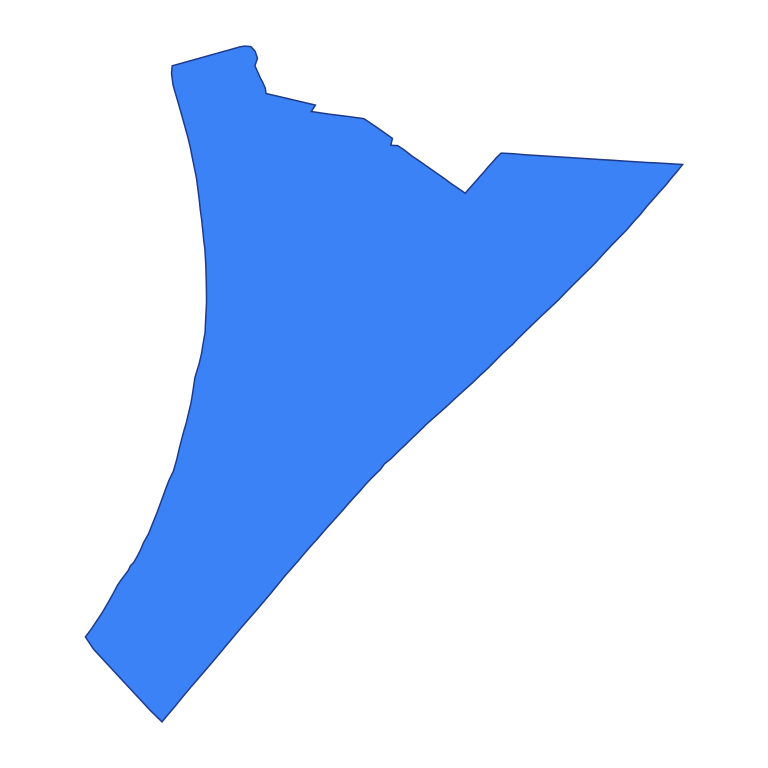 the district of Tavares, Rio Grande do Sul, Brazil
{"feature_id": "56859067B79162312615317", "entity_name": "Tavares", "entity_type": "district", "adm_level": 2, "iso_a3": "BRA", "parent_name": "Brazil", "parent_adm1": "Rio Grande do Sul", "projection": "mercator", "projection_center": [-51.071, -31.314], "detail": "fine", "context": "isolated", "style": "filled", "palette": "blue", "viewbox_px": 768, "rotation_deg": 0, "n_neighbors": 0, "source": "geoboundaries", "source_scale": "gbopen_adm2", "svg_char_len": 2318}
<svg xmlns="http://www.w3.org/2000/svg" viewBox="0 0 768 768"><path d="M172.2,65.8L171.5,73.3L172.2,78.6L173.1,85.2L174.8,91.3L177.2,99.3L182.8,119.0L187.9,137.3L190.4,147.9L192.1,156.7L196.4,177.7L199.1,198.5L200.4,210.9L201.5,218.5L203.0,232.7L203.7,240.3L204.9,249.3L205.8,264.9L206.3,283.1L206.5,296.1L206.5,302.8L206.1,310.6L205.4,324.4L205.1,332.4L203.5,341.4L201.4,354.1L199.2,363.5L194.9,377.7L192.3,395.2L190.9,403.4L188.5,413.3L186.4,422.4L184.0,430.4L179.7,446.8L176.7,459.6L173.4,471.1L168.8,480.7L165.8,488.5L164.1,493.2L161.0,501.8L156.6,513.7L152.7,523.2L148.7,533.5L143.5,542.7L140.7,549.5L137.3,556.2L133.8,562.3L130.5,565.7L128.3,570.4L125.2,574.5L120.7,580.5L117.4,585.4L112.9,594.0L107.9,602.9L102.9,611.5L98.2,618.7L90.6,630.0L85.4,636.9L93.6,649.3L113.4,670.7L150.6,710.8L162.0,721.9L166.3,716.6L174.6,706.9L182.4,697.2L191.1,686.8L197.8,679.1L212.4,662.1L226.5,645.2L240.9,628.0L258.2,608.2L271.3,592.7L280.3,581.6L286.0,574.6L290.0,570.2L294.9,564.6L298.4,560.7L302.5,555.7L309.4,547.7L313.2,543.4L317.3,539.0L322.0,533.5L326.3,528.5L333.2,520.9L340.0,513.3L344.6,508.2L348.8,503.2L354.4,497.0L359.1,492.0L365.6,484.4L371.3,478.4L376.3,473.5L380.3,469.6L384.4,464.0L391.2,458.5L396.2,453.5L401.2,448.6L405.5,444.7L411.2,439.0L416.4,434.1L422.2,428.5L427.1,423.6L433.1,418.3L439.6,412.6L447.7,405.4L456.2,397.4L463.3,391.0L472.6,382.7L479.7,375.8L488.2,368.0L495.8,360.3L502.0,353.9L507.1,349.2L512.6,344.4L518.0,338.6L526.6,330.2L532.3,324.7L538.0,319.2L542.0,315.3L550.1,307.8L558.4,300.0L566.3,291.8L572.4,285.6L580.5,277.6L584.9,273.2L591.3,267.0L596.1,262.1L603.5,253.9L611.4,245.4L618.7,238.0L626.4,230.2L634.0,221.3L640.5,214.3L647.1,206.0L652.6,199.9L659.7,191.8L665.9,185.0L672.1,177.2L676.5,172.2L682.6,164.5L654.7,162.8L648.7,162.6L525.9,154.8L518.5,154.2L512.9,153.7L507.0,153.4L501.2,153.1L496.5,157.5L492.5,162.2L487.9,167.2L483.7,172.3L479.2,177.2L474.9,182.2L470.2,187.5L465.2,193.2L458.1,188.3L450.7,183.3L444.6,178.7L436.0,172.7L426.6,166.1L419.9,161.4L412.1,156.1L403.6,149.5L397.7,145.6L390.8,145.3L392.4,138.4L378.9,128.8L364.0,118.7L345.8,116.2L328.7,114.1L311.3,111.5L315.4,105.1L266.0,93.5L265.3,88.2L262.8,82.5L260.4,78.2L258.2,73.1L254.9,65.8L257.5,58.3L255.1,51.2L250.9,46.6L244.7,46.1L239.8,46.9L172.2,65.8Z" fill="#3b82f6" stroke="#1e3a8a" stroke-width="1.5"/></svg>